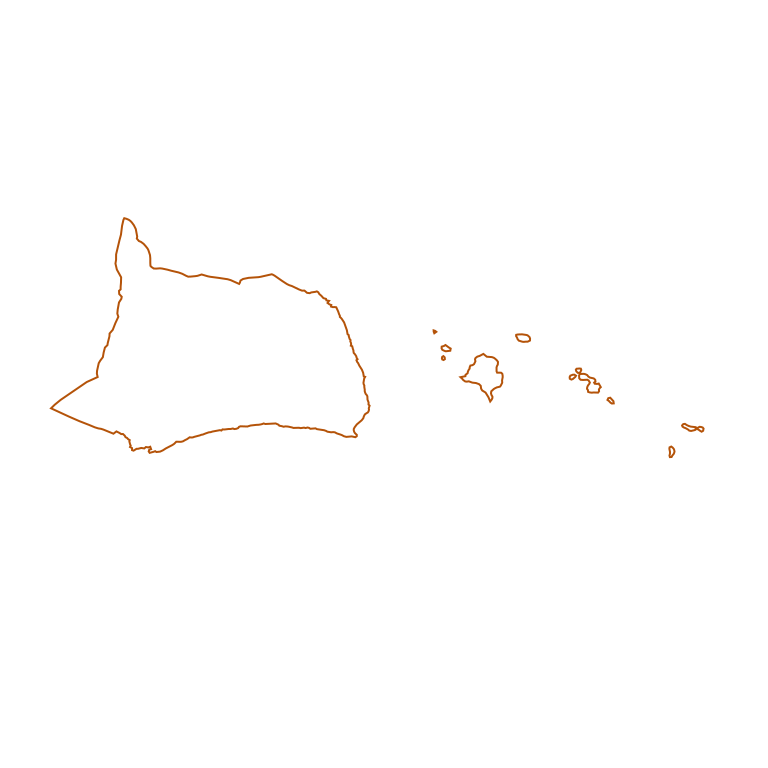 Kaeb, Kep, Cambodia (Natural Earth projection), rotated 281°
{"feature_id": "14789045B37370397224280", "entity_name": "Kaeb", "entity_type": "district", "adm_level": 2, "iso_a3": "KHM", "parent_name": "Cambodia", "parent_adm1": "Kep", "projection": "natural_earth1", "projection_center": [104.317, 10.472], "detail": "fine", "context": "isolated", "style": "outline", "palette": "amber", "viewbox_px": 768, "rotation_deg": 281, "n_neighbors": 0, "source": "geoboundaries", "source_scale": "gbopen_adm2", "svg_char_len": 6161}
<svg xmlns="http://www.w3.org/2000/svg" viewBox="0 0 768 768"><g transform="rotate(281 384 384)"><path d="M273.8,173.6L274.9,177.1L276.7,179.6L279.1,182.1L283.7,187.9L285.3,189.5L287.7,191.1L288.5,195.7L289.3,197.5L291.1,199.6L292.3,201.2L294.6,203.4L294.7,205.0L295.1,206.5L295.9,207.8L298.4,213.0L299.3,214.4L299.8,215.8L301.3,218.1L303.1,221.2L303.7,223.1L304.6,224.7L307.4,231.8L307.3,233.3L308.6,234.1L308.9,236.1L310.2,240.1L310.6,242.1L311.5,244.2L311.2,245.6L311.8,247.5L312.9,249.2L314.3,249.9L315.1,251.2L316.2,258.0L317.8,261.0L319.5,266.4L320.0,268.5L320.7,270.5L321.5,272.2L322.3,273.4L322.1,275.2L324.6,285.2L323.9,288.2L323.1,289.2L323.1,291.8L322.9,293.6L323.5,295.1L323.8,296.7L323.9,298.4L323.8,302.0L323.6,303.5L324.8,308.8L324.8,310.7L325.9,313.8L325.8,315.4L326.7,317.3L326.6,318.9L326.0,320.2L327.4,325.3L326.9,326.7L327.2,334.0L326.9,336.1L326.4,337.5L326.5,341.3L327.1,343.4L327.2,345.0L326.5,347.2L326.0,351.3L325.7,352.8L325.1,354.5L324.9,357.1L326.4,362.3L326.3,366.0L327.5,367.2L328.9,367.0L330.2,364.9L331.3,363.9L332.6,363.2L334.0,362.9L335.8,363.4L339.1,365.0L344.1,369.0L346.4,370.2L348.4,370.4L350.5,371.0L352.0,372.4L352.9,373.5L354.1,374.0L355.9,374.2L357.3,373.7L360.0,374.0L360.9,372.7L362.9,372.4L365.5,370.8L368.8,370.0L369.9,369.1L370.7,368.0L372.0,367.1L373.4,366.4L374.7,366.2L377.4,365.2L378.7,365.0L380.1,364.0L381.3,363.6L385.6,363.5L387.4,364.1L387.6,362.7L391.0,361.4L393.8,359.6L397.4,356.2L399.6,354.6L400.5,353.5L402.1,352.4L403.3,353.3L404.5,352.1L405.9,351.5L407.6,349.9L408.7,348.4L409.9,347.9L411.1,347.6L412.6,346.7L415.0,345.6L415.3,344.1L416.7,344.2L418.1,343.7L419.4,342.8L420.7,342.8L421.6,341.7L424.0,340.4L425.3,340.0L426.0,338.7L429.7,337.3L436.8,333.1L439.8,330.2L440.7,329.1L441.4,327.9L442.7,327.6L443.8,326.7L446.4,325.2L450.2,322.5L450.1,321.0L449.7,319.0L449.9,317.2L451.5,317.2L451.7,315.4L452.8,313.1L455.1,314.2L455.1,311.5L456.5,310.8L456.7,308.2L458.6,305.7L460.0,303.3L461.5,302.0L462.1,300.4L461.4,299.1L460.0,295.1L459.0,293.8L458.8,291.1L460.5,288.1L460.0,285.7L460.6,282.5L462.6,274.8L462.9,272.2L463.6,269.6L465.8,264.2L469.4,256.1L470.0,254.4L470.3,252.9L465.8,242.7L464.9,240.3L462.4,230.9L460.2,225.6L458.2,223.4L456.0,223.2L454.6,222.7L456.7,213.7L457.0,210.5L456.6,201.1L456.1,193.1L456.1,190.5L456.7,184.1L454.6,180.3L453.9,178.3L452.6,173.9L452.0,171.3L452.4,169.3L453.7,164.9L454.3,161.0L454.6,153.4L454.9,149.8L455.0,144.1L454.8,142.0L453.9,138.7L453.4,136.0L454.5,133.4L455.4,132.2L458.2,131.5L462.8,130.6L465.9,129.7L470.4,127.2L471.8,126.1L473.8,123.8L475.7,121.3L477.1,118.4L477.6,116.1L479.6,113.6L481.6,113.6L488.7,110.8L492.1,108.2L494.5,105.6L495.7,103.9L496.5,102.1L497.0,99.8L497.2,97.4L495.3,96.9L489.3,96.7L480.4,97.3L474.7,96.9L460.1,96.3L454.8,97.3L451.0,97.4L445.4,99.9L438.6,105.6L433.1,106.5L429.4,106.9L426.6,107.4L424.9,106.1L421.8,106.9L419.6,109.9L417.5,109.9L413.5,108.3L406.3,108.4L402.2,108.8L399.3,110.4L392.5,108.7L385.4,107.4L381.2,105.0L378.4,105.4L371.6,105.0L369.4,105.1L366.5,103.1L361.4,102.8L356.7,102.9L352.8,101.0L350.0,100.0L342.1,99.8L339.3,100.2L336.2,101.6L329.2,91.8L306.8,69.7L300.8,64.7L296.6,61.8L292.0,80.5L289.4,92.1L287.6,102.1L286.3,108.4L285.9,112.0L286.0,114.8L285.7,117.3L283.6,127.9L286.4,130.4L285.5,133.6L284.7,135.6L285.1,137.3L283.8,139.4L282.5,140.4L282.0,142.1L281.0,143.4L280.4,145.1L279.0,145.0L276.3,146.3L275.2,147.1L273.7,146.7L273.0,148.9L271.0,149.3L270.8,150.9L273.2,153.5L273.5,155.0L274.9,157.9L275.0,161.0L276.7,162.3L276.8,164.8L277.8,166.5L275.6,167.8L274.7,166.1L272.9,165.9L271.7,167.1L273.5,170.8L274.4,172.2L273.8,173.6ZM407.2,462.4L405.3,457.8L404.0,459.9L403.1,460.9L402.0,463.2L402.1,464.8L402.8,466.7L402.2,470.4L402.5,474.1L402.0,477.3L400.7,479.3L398.0,480.2L396.4,481.6L395.0,485.3L390.9,489.1L387.1,491.6L389.3,492.7L391.0,493.1L392.4,492.8L393.7,491.6L395.3,490.8L397.3,490.7L400.0,492.7L401.0,493.8L402.2,495.4L403.5,498.3L404.6,498.9L407.8,499.8L410.1,499.2L413.4,499.2L415.1,498.8L416.7,498.1L417.4,496.8L417.2,495.3L416.7,492.9L417.9,492.1L421.8,491.3L423.4,491.5L424.7,492.0L427.4,491.7L428.7,490.4L430.0,488.3L430.7,486.8L431.0,484.8L430.4,479.7L432.5,475.8L429.8,472.5L428.7,470.4L427.0,468.9L425.7,468.6L423.7,469.4L420.7,468.6L419.4,467.3L418.6,465.3L416.7,464.9L415.4,465.1L414.2,464.5L412.3,464.0L410.5,464.0L408.6,462.3L407.2,462.4ZM429.6,584.8L430.4,583.0L431.5,581.8L432.0,579.9L432.1,578.4L431.6,576.0L431.1,574.2L429.4,573.9L426.8,574.6L425.7,576.1L425.9,578.4L427.0,582.8L426.5,584.2L424.7,585.8L423.3,585.5L421.5,584.5L419.6,584.1L418.0,584.2L417.0,585.3L415.2,585.9L415.0,587.4L415.1,589.5L415.7,591.5L416.4,595.8L417.9,596.5L419.7,596.0L421.2,596.6L422.3,597.4L425.4,594.7L424.7,593.1L424.5,590.8L425.5,590.0L426.7,591.1L428.5,590.5L429.5,588.8L429.6,584.8ZM456.5,518.7L457.9,517.8L459.2,515.6L459.3,514.1L459.1,510.1L458.2,506.1L457.5,504.4L456.3,504.5L454.7,505.9L453.5,506.6L452.3,508.1L451.9,511.7L452.0,513.1L452.7,515.4L453.0,517.0L454.5,519.0L456.5,518.7ZM399.9,699.1L401.1,698.3L400.7,693.2L401.0,690.8L401.5,688.9L402.3,687.0L401.7,685.4L400.2,684.5L399.1,685.2L398.5,686.7L398.2,688.5L397.3,691.2L396.5,692.5L396.5,694.4L397.8,697.3L398.5,698.5L399.9,699.1ZM431.5,442.7L432.2,440.7L434.0,436.9L432.7,435.5L431.7,433.5L430.0,433.7L428.7,434.7L428.1,436.9L427.9,438.4L429.3,442.7L431.5,442.7ZM377.4,677.9L376.3,676.4L374.8,676.5L371.9,677.7L370.1,678.0L368.2,677.9L366.8,678.6L367.2,680.2L368.8,680.7L370.8,681.8L373.0,682.1L374.5,681.5L375.6,680.8L376.7,679.4L377.4,677.9ZM429.5,569.0L429.1,567.5L427.7,565.3L426.2,564.9L424.6,565.4L424.1,567.1L424.9,568.4L427.4,570.4L428.8,570.9L429.5,569.0ZM399.9,699.1L399.1,701.7L398.3,703.4L397.8,704.9L399.0,706.2L401.2,706.2L402.1,705.1L402.3,703.5L402.2,702.0L399.9,699.1ZM410.9,612.5L413.7,608.7L412.9,606.9L411.0,606.4L410.2,608.1L408.9,609.9L408.3,611.4L408.8,613.2L410.9,612.5ZM436.6,574.3L436.5,572.9L435.7,570.1L434.6,569.6L433.1,570.4L431.9,572.2L432.5,574.3L435.4,575.0L436.6,574.3ZM421.7,438.5L422.7,437.0L421.8,436.0L420.4,435.9L419.2,436.5L418.9,437.9L420.0,439.0L421.7,438.5ZM445.9,424.1L446.1,422.5L444.8,422.8L443.4,423.7L445.2,425.4L445.9,424.1Z" fill="none" stroke="#b45309" stroke-width="2"/></g></svg>